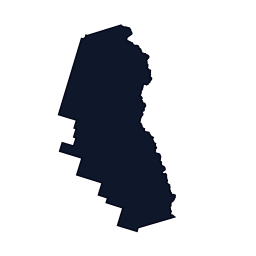 Mitre, Santiago del Estero, Argentina, rotated 197°
{"feature_id": "61730980B33007651807911", "entity_name": "Mitre", "entity_type": "district", "adm_level": 2, "iso_a3": "ARG", "parent_name": "Argentina", "parent_adm1": "Santiago del Estero", "projection": "mercator", "projection_center": [-62.854, -29.629], "detail": "fine", "context": "isolated", "style": "filled", "palette": "ink", "viewbox_px": 256, "rotation_deg": 197, "n_neighbors": 0, "source": "geoboundaries", "source_scale": "gbopen_adm2", "svg_char_len": 5864}
<svg xmlns="http://www.w3.org/2000/svg" viewBox="0 0 256 256"><g transform="rotate(197 128 128)"><path d="M198.6,200.0L198.3,120.5L179.5,120.5L179.5,112.2L177.3,112.2L177.3,103.5L174.7,103.4L174.8,94.8L186.6,94.7L186.6,85.8L163.2,85.8L163.3,68.2L136.7,68.0L136.7,55.3L127.0,55.2L127.0,50.3L109.5,50.1L109.5,31.8L89.1,31.8L89.4,35.5L57.4,56.6L57.9,56.8L58.7,56.9L59.3,57.4L59.9,57.6L60.4,57.6L60.8,57.4L61.2,57.4L61.4,57.6L61.8,57.7L62.1,57.8L62.3,58.7L62.6,59.0L62.6,59.8L62.3,60.3L62.4,61.0L62.8,61.5L63.3,61.9L63.9,62.7L64.0,63.2L64.7,64.5L64.8,65.2L64.7,65.5L64.3,65.8L64.3,66.2L64.5,67.0L65.1,67.8L65.1,68.1L64.9,68.7L65.1,69.2L65.1,69.6L64.5,70.3L64.2,70.6L63.7,71.2L63.9,71.8L63.2,72.6L63.0,73.6L62.9,75.4L62.7,75.7L63.0,76.1L63.1,76.4L63.2,77.4L63.6,77.6L63.8,77.5L64.6,77.7L65.0,77.7L65.5,77.3L65.9,77.1L66.8,77.0L67.0,77.4L67.0,77.6L67.5,77.8L67.7,78.2L67.8,78.7L68.2,78.9L68.5,79.1L68.9,79.3L69.1,79.6L69.3,80.4L70.0,80.9L70.0,81.2L70.2,81.3L70.4,81.2L70.5,81.4L70.5,81.7L70.4,82.0L70.6,82.3L70.5,83.3L70.7,83.7L71.1,84.2L71.5,85.1L71.8,85.4L71.7,85.6L72.5,85.9L72.8,85.8L73.6,86.3L74.0,86.4L74.5,86.4L74.7,86.5L74.7,86.8L74.9,87.1L75.0,87.5L74.9,88.2L75.0,89.1L75.3,89.5L75.7,90.2L76.0,90.1L76.2,90.3L76.3,90.7L76.7,91.8L77.0,92.2L77.0,92.6L77.4,92.8L77.4,93.6L77.5,94.3L78.3,95.0L78.6,95.1L78.8,95.3L79.1,95.2L79.6,94.6L80.2,94.7L80.9,94.5L81.2,94.2L82.1,94.6L82.4,95.2L82.3,96.3L81.5,97.6L80.9,98.2L80.5,98.7L80.5,99.6L80.9,100.1L81.3,100.8L82.2,101.5L83.0,101.7L84.1,101.7L84.8,102.1L85.8,103.1L86.1,104.8L86.3,105.2L86.5,105.4L87.4,105.6L87.7,105.9L87.8,106.2L88.1,106.5L88.2,107.0L88.0,107.6L88.3,108.4L88.3,109.6L88.6,110.3L89.8,111.8L90.4,112.2L91.1,112.4L91.7,112.2L94.0,112.2L94.7,112.5L95.1,112.8L95.3,113.1L95.3,113.6L95.1,114.2L95.4,114.7L95.4,114.9L96.0,115.4L96.1,115.7L95.5,116.5L95.7,116.8L95.1,116.9L95.1,117.5L95.6,117.7L96.0,118.4L96.4,118.6L96.8,119.2L97.1,119.5L97.1,121.0L97.5,121.0L98.0,121.4L99.0,121.4L99.4,121.9L99.6,122.6L100.9,123.7L101.5,125.5L101.1,125.7L101.0,126.2L101.5,126.5L103.2,126.6L103.5,126.9L103.8,127.0L104.7,127.6L104.9,128.0L106.1,128.9L106.4,129.5L106.8,129.9L107.2,129.9L108.3,129.6L109.2,129.6L110.1,129.4L111.0,129.4L111.4,129.7L111.5,130.3L111.9,130.8L112.0,131.3L112.0,131.6L112.1,132.0L112.7,131.8L113.2,132.0L113.6,132.3L114.1,132.6L114.3,132.8L114.9,132.8L115.1,133.0L115.3,132.9L115.5,133.3L115.3,133.7L115.5,134.2L115.6,134.7L116.2,134.8L116.5,135.1L116.7,135.3L116.9,136.0L117.6,136.1L117.9,136.4L118.2,136.5L118.6,136.6L118.8,136.9L118.7,137.4L118.8,137.6L118.5,138.2L118.6,139.0L118.9,139.3L119.0,139.7L118.8,140.1L118.9,140.9L118.9,141.3L118.6,141.7L118.9,142.3L118.8,142.7L118.6,143.2L118.5,143.7L118.2,143.9L117.9,144.3L117.9,144.8L118.1,145.0L117.9,145.8L119.0,146.2L119.2,146.5L119.2,146.9L119.0,147.6L118.9,148.2L118.4,148.9L117.9,149.3L117.9,149.9L118.0,150.5L118.3,150.9L118.4,151.2L118.4,151.9L118.4,152.5L118.0,152.8L118.0,153.7L117.8,154.1L117.8,154.7L119.2,156.3L121.1,156.3L121.6,156.9L121.8,157.4L122.5,158.2L123.2,158.1L123.6,158.8L123.7,159.7L123.2,160.4L123.5,160.8L124.4,161.7L125.1,162.1L125.4,162.2L125.9,162.0L126.3,162.2L126.5,162.7L126.1,162.9L126.1,163.6L125.7,164.6L125.8,165.2L126.1,165.7L125.9,166.2L126.3,167.0L126.3,167.7L126.2,168.1L125.8,168.6L125.6,169.2L125.7,169.8L126.0,169.9L125.9,170.1L126.1,170.4L126.3,170.5L126.6,170.5L126.7,170.8L126.1,171.0L125.7,171.7L126.0,172.8L126.3,173.4L126.2,173.7L126.3,174.0L125.9,174.4L125.8,174.7L125.7,174.7L125.3,174.6L125.1,174.7L124.8,174.9L124.6,175.0L124.1,175.0L123.7,174.8L123.2,174.9L122.8,174.8L122.5,175.3L121.7,175.8L121.9,176.1L122.0,176.7L121.2,177.4L120.6,178.2L120.6,179.3L120.9,179.7L120.9,179.8L120.6,179.9L120.4,180.1L120.3,180.6L120.1,180.7L119.8,181.1L119.9,181.3L120.1,181.5L120.1,182.2L120.0,182.4L120.2,182.7L120.9,182.9L121.2,183.1L121.5,182.9L122.2,183.2L122.5,183.4L122.5,183.6L122.2,183.9L122.2,184.1L122.4,184.4L122.4,184.6L122.1,184.9L122.1,185.3L122.7,186.0L122.9,186.1L123.0,186.2L123.0,186.5L122.9,186.8L122.8,187.0L123.0,187.2L122.9,187.5L122.9,187.8L123.1,188.3L123.4,189.3L123.4,189.7L123.6,189.8L124.0,189.8L125.0,189.5L125.3,190.0L125.5,190.2L125.8,190.2L126.2,190.3L126.3,190.5L126.7,190.7L127.3,190.7L127.4,190.8L127.3,191.0L127.2,191.5L127.3,192.1L127.1,192.4L127.4,192.9L127.4,193.3L127.6,193.5L127.5,193.9L127.6,194.2L127.8,194.5L128.1,194.6L128.3,194.7L129.0,195.4L129.1,195.7L129.1,196.4L129.4,197.0L129.9,197.7L130.1,198.4L130.2,198.5L130.2,199.2L129.8,199.2L129.8,199.8L129.5,200.3L129.3,200.4L129.1,200.6L129.0,200.9L128.9,201.3L128.9,201.7L129.0,202.4L129.7,203.0L130.6,203.4L131.1,203.2L131.9,203.5L132.2,203.5L132.9,203.8L133.1,204.0L134.0,203.8L134.9,203.8L136.5,203.8L136.9,204.1L137.3,204.5L137.9,205.6L138.4,206.0L138.7,206.7L139.4,207.2L139.7,207.3L139.9,207.4L140.6,207.5L141.0,207.8L141.3,208.0L141.4,208.6L141.7,208.9L141.9,209.0L142.0,209.2L142.3,209.4L142.7,209.4L143.1,209.2L143.3,209.4L143.5,209.5L143.9,209.5L144.2,209.2L144.7,208.9L145.7,209.0L146.0,209.0L146.2,208.8L147.1,208.9L147.5,209.1L147.7,209.4L147.7,209.6L148.3,209.7L148.7,210.5L149.4,210.7L150.2,210.5L150.6,210.5L150.9,210.8L151.5,210.8L151.7,211.0L152.2,210.8L153.0,211.2L153.3,211.2L153.5,210.9L153.8,211.0L154.1,211.0L154.6,211.5L155.6,212.8L155.8,213.1L155.4,213.6L155.4,213.8L155.1,214.7L154.9,215.1L154.9,215.4L154.4,216.0L153.9,216.3L153.7,216.6L153.6,217.1L153.1,217.4L152.8,217.8L152.7,218.1L152.3,218.6L151.9,219.1L151.9,219.4L152.0,219.6L152.4,219.9L152.4,220.2L152.6,220.3L152.8,220.7L153.4,221.1L153.7,221.5L153.9,221.7L154.1,222.5L154.4,222.7L154.7,223.0L155.1,223.3L155.3,223.6L155.7,223.9L156.0,223.9L156.8,224.0L157.2,223.8L157.6,223.5L158.1,223.9L158.4,223.8L159.8,223.8L159.8,223.6L161.1,223.4L162.1,223.4L163.0,223.7L164.0,223.6L164.8,223.9L164.9,224.2L193.9,204.5L195.3,204.5L195.2,202.3L196.8,200.0L198.6,200.0Z" fill="#0f172a" stroke="#020617" stroke-width="1.5"/></g></svg>